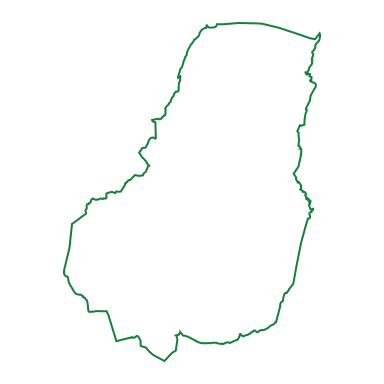 Nahuatzen, Michoacán, Mexico (Equal Earth projection)
{"feature_id": "50627088B19576991681559", "entity_name": "Nahuatzen", "entity_type": "district", "adm_level": 2, "iso_a3": "MEX", "parent_name": "Mexico", "parent_adm1": "Michoacán", "projection": "equal_earth", "projection_center": [-101.891, 19.65], "detail": "fine", "context": "isolated", "style": "outline", "palette": "green", "viewbox_px": 384, "rotation_deg": 0, "n_neighbors": 0, "source": "geoboundaries", "source_scale": "gbopen_adm2", "svg_char_len": 5905}
<svg xmlns="http://www.w3.org/2000/svg" viewBox="0 0 384 384"><path d="M293.3,283.8L296.5,265.8L301.1,242.8L306.0,224.8L308.0,218.5L309.2,218.4L309.9,217.8L310.2,216.1L309.3,214.3L309.5,212.9L311.6,211.9L311.4,210.7L313.1,209.8L313.0,208.8L311.3,209.4L310.3,208.9L309.0,205.2L309.2,204.4L309.8,204.1L309.2,202.1L310.2,202.5L310.6,201.2L308.2,198.9L307.4,199.7L306.3,198.9L307.4,198.2L306.2,197.2L305.3,195.3L305.6,195.3L305.9,194.8L305.9,193.7L305.2,192.5L304.7,192.0L304.0,192.2L302.5,191.6L302.6,190.7L300.3,189.5L301.1,188.2L301.0,186.1L301.2,185.8L298.8,181.9L298.0,182.6L296.7,180.5L295.9,178.7L296.3,177.9L293.7,173.7L298.4,166.6L300.8,156.2L300.7,154.7L301.1,154.7L301.2,151.8L301.3,150.3L301.3,149.3L300.4,149.0L300.6,148.9L300.7,148.5L299.5,146.2L298.7,146.2L298.4,145.7L299.1,139.7L298.6,136.1L298.6,132.7L297.3,131.1L298.8,128.1L299.8,125.3L300.5,125.4L300.7,125.9L304.4,124.7L304.5,120.0L305.6,113.3L306.5,111.6L306.2,110.9L305.9,111.1L306.8,109.9L306.1,109.3L305.8,108.9L307.3,105.9L308.4,103.4L310.0,100.5L309.9,99.8L310.7,95.5L313.1,91.1L315.7,86.7L315.9,85.5L315.6,83.9L313.8,82.6L313.2,82.6L311.6,81.8L311.4,80.8L311.0,81.5L310.5,81.3L310.1,80.5L311.2,79.0L311.6,78.0L311.5,77.0L309.5,76.2L310.1,74.2L308.6,73.8L307.9,73.2L307.7,73.3L307.3,74.5L307.0,74.6L306.8,74.0L306.5,74.1L305.8,73.4L305.5,72.4L307.5,72.1L309.0,69.2L309.2,67.8L310.5,65.8L311.4,64.8L311.7,64.3L312.1,63.1L311.9,61.9L311.9,61.4L312.4,60.4L311.8,59.6L311.8,59.0L313.3,54.8L313.2,54.1L312.4,53.1L312.2,52.6L312.2,52.1L312.7,51.4L314.3,49.7L314.4,48.9L315.0,48.3L315.4,46.9L315.2,46.0L315.3,45.5L316.4,43.4L317.3,42.5L318.1,41.6L318.7,41.3L319.4,39.8L320.0,36.5L320.0,35.3L319.9,34.6L320.0,34.0L319.6,33.3L315.1,39.2L309.8,38.2L300.8,35.0L279.0,27.8L262.1,23.7L257.0,23.4L238.5,23.0L222.4,24.3L217.0,24.2L216.3,26.2L215.0,27.1L212.9,27.5L210.9,27.6L208.9,27.5L207.1,25.8L206.6,24.6L206.5,26.3L206.6,27.4L206.3,27.9L205.4,28.0L202.7,29.0L200.8,31.0L199.6,33.1L199.1,35.3L198.2,36.5L196.8,37.9L194.0,40.0L193.9,40.6L193.5,41.3L192.9,42.0L192.0,43.5L191.3,44.1L190.8,44.7L189.8,46.8L188.6,48.6L187.2,51.9L186.9,52.9L186.6,55.2L185.3,56.8L184.6,59.1L184.5,59.8L184.0,60.2L183.8,60.7L182.8,64.6L182.0,67.0L181.5,67.9L180.5,68.7L179.8,70.7L179.7,71.8L178.6,74.8L178.0,76.9L178.2,77.9L180.3,76.4L180.2,79.9L179.9,81.3L179.1,82.6L178.8,84.2L178.6,90.7L177.9,91.4L177.4,91.7L176.1,91.6L175.5,92.0L174.0,94.0L173.9,95.0L173.7,95.6L172.0,97.8L171.4,99.4L170.9,100.0L170.7,101.8L169.9,102.3L169.5,102.7L169.2,103.2L168.7,103.6L168.6,104.5L168.4,104.8L166.9,105.9L165.2,108.4L165.2,109.0L165.5,109.5L165.6,110.3L165.6,111.0L165.3,111.6L165.3,112.0L165.6,112.8L165.1,115.1L164.8,115.3L164.1,115.4L164.0,115.9L163.1,116.7L162.4,116.8L161.7,118.2L160.1,119.2L159.1,119.3L158.0,118.7L152.1,120.0L152.2,120.6L152.8,121.4L154.5,122.2L155.4,122.3L155.8,137.9L155.3,138.7L153.5,137.6L152.3,137.6L150.7,138.0L150.2,138.5L148.6,140.9L147.7,143.9L147.0,144.8L145.8,147.4L144.1,148.0L143.2,147.8L142.0,148.2L141.8,148.5L141.5,149.6L140.4,150.8L139.6,152.0L139.1,152.5L141.1,155.6L141.5,156.5L144.9,160.1L146.8,162.4L147.2,163.7L148.9,165.3L149.1,165.8L148.3,166.0L147.8,166.6L147.2,168.7L146.3,169.9L146.4,170.8L145.4,172.1L143.7,173.4L143.0,175.4L140.7,175.6L139.1,176.0L138.4,175.7L135.0,175.1L130.3,179.8L130.0,179.9L129.5,180.3L128.8,180.1L128.0,180.7L126.9,182.4L126.1,182.5L125.8,183.0L125.6,183.0L125.4,183.8L125.0,183.9L124.9,185.0L124.5,185.5L124.3,186.3L123.9,186.9L123.1,187.6L122.3,189.3L120.9,191.4L119.9,191.8L116.3,191.5L115.3,193.1L111.7,191.8L106.9,193.3L106.4,193.6L106.5,194.1L106.2,195.5L106.6,197.3L106.2,198.0L105.5,198.6L104.9,198.6L103.8,198.3L103.1,198.9L102.4,199.1L101.3,198.5L100.4,198.5L97.6,199.7L96.5,199.6L95.6,199.8L94.7,199.5L93.9,198.9L93.3,198.9L92.6,198.6L92.4,199.0L91.6,199.4L91.1,200.3L90.9,201.5L90.6,202.3L89.6,203.0L89.1,203.1L88.7,204.2L87.4,204.1L86.7,205.1L86.6,206.2L86.8,207.7L86.8,208.5L85.6,209.8L85.4,210.6L85.9,212.0L86.0,213.6L73.3,223.1L72.0,223.9L69.5,247.7L65.0,266.5L64.4,268.6L64.0,271.4L64.0,273.6L64.6,274.9L65.4,275.8L66.2,276.4L67.0,276.4L67.9,277.3L68.8,282.0L69.9,284.6L73.9,291.3L75.5,293.5L77.4,294.3L79.6,294.8L79.9,294.6L80.1,294.8L80.9,294.8L81.3,295.1L81.7,295.2L82.2,295.5L82.6,296.6L82.8,296.7L83.2,296.6L83.2,296.9L83.8,297.7L84.7,297.7L85.0,297.8L85.4,299.0L85.8,299.3L86.0,299.7L87.0,300.5L87.7,304.1L88.3,310.4L88.6,310.8L88.7,311.5L89.4,311.8L90.5,311.9L92.6,311.6L92.9,311.5L93.6,311.7L95.2,311.2L98.0,311.1L103.2,311.3L106.5,311.2L108.3,314.7L116.4,341.2L131.6,337.3L131.5,337.7L134.8,337.6L136.4,336.1L137.3,335.9L138.5,337.0L139.7,338.9L140.6,340.9L140.6,343.4L140.7,345.6L141.5,346.3L145.3,347.3L146.7,348.3L148.7,351.0L153.1,354.9L164.4,361.0L172.1,352.8L175.8,350.6L176.2,347.4L177.4,339.7L177.3,339.0L176.6,336.2L176.4,335.8L175.9,335.4L179.0,334.6L179.2,333.5L180.1,332.8L180.4,333.0L180.4,332.2L181.4,333.5L182.1,334.1L182.3,334.7L183.2,335.6L185.7,335.9L189.6,337.5L197.6,341.9L201.0,343.1L205.6,343.3L208.8,343.0L210.5,343.3L211.6,343.1L212.8,342.7L215.3,342.8L215.7,342.6L218.4,343.5L220.9,343.9L221.5,343.9L221.9,343.5L223.1,344.1L223.7,343.9L225.0,343.0L227.7,342.3L228.5,342.3L229.6,343.0L230.1,342.9L235.7,340.3L237.1,340.0L237.8,339.5L237.9,338.9L238.3,338.5L239.0,337.4L239.7,335.9L239.8,334.4L240.2,334.0L240.5,334.0L242.1,335.7L243.6,336.4L243.9,336.1L245.3,335.4L247.8,334.8L250.4,333.3L251.3,332.4L252.9,331.7L253.3,331.3L253.6,330.6L253.8,330.5L255.0,330.6L256.8,332.0L257.7,332.2L259.5,330.7L259.9,330.5L262.0,329.9L262.9,330.2L264.0,330.0L267.0,328.5L268.6,327.5L269.4,326.6L270.9,325.5L273.7,324.3L275.0,323.0L275.3,322.3L276.0,322.2L280.1,306.6L280.3,306.3L280.0,305.5L280.3,304.6L280.4,303.6L280.8,302.8L281.7,301.7L282.5,301.4L282.9,300.9L283.3,297.6L283.8,295.8L284.3,295.0L284.4,293.9L285.1,293.1L285.5,292.9L286.9,292.9L287.5,291.5L287.7,291.2L288.2,291.1L289.2,289.0L293.3,283.8Z" fill="none" stroke="#15803d" stroke-width="2"/></svg>